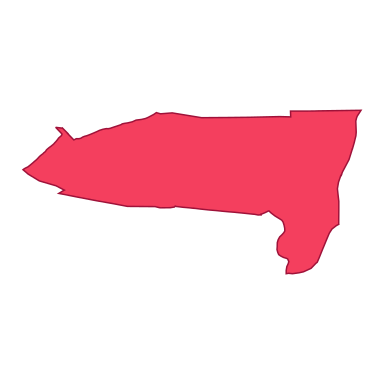 Pāvilosta, Pavilostas, Latvia
{"feature_id": "27541924B98324195645894", "entity_name": "Pāvilosta", "entity_type": "district", "adm_level": 2, "iso_a3": "LVA", "parent_name": "Latvia", "parent_adm1": "Pavilostas", "projection": "natural_earth1", "projection_center": [21.193, 56.882], "detail": "fine", "context": "isolated", "style": "filled", "palette": "rose", "viewbox_px": 384, "rotation_deg": 0, "n_neighbors": 0, "source": "geoboundaries", "source_scale": "gbopen_adm2", "svg_char_len": 2696}
<svg xmlns="http://www.w3.org/2000/svg" viewBox="0 0 384 384"><path d="M156.9,112.8L156.4,112.6L153.8,114.4L148.1,117.4L145.5,118.5L141.7,119.4L139.4,119.7L136.1,120.1L132.3,121.8L127.7,122.9L124.3,123.4L122.1,123.9L121.2,124.6L116.8,126.1L113.7,127.1L110.2,128.3L108.2,128.7L106.3,128.6L102.8,129.3L99.4,130.4L97.1,131.5L93.9,132.9L90.3,134.4L86.9,135.7L84.6,136.3L82.8,137.0L80.9,138.2L79.0,138.7L76.2,138.7L74.8,139.5L73.8,139.9L67.6,133.5L67.8,133.4L62.3,127.9L62.0,128.1L56.2,127.4L56.0,127.7L62.0,134.0L61.7,135.1L61.4,135.6L60.3,136.6L59.6,137.2L59.0,137.7L58.4,138.3L57.7,139.4L56.7,140.6L55.9,141.6L54.9,142.6L53.8,143.9L53.3,144.3L52.8,144.8L52.1,145.3L51.2,146.1L50.3,146.7L49.7,147.2L49.1,147.6L48.4,148.2L47.1,149.3L46.3,150.1L45.8,151.0L45.4,151.5L44.5,152.3L43.9,152.7L43.5,153.1L43.0,153.7L41.9,154.5L40.6,155.5L39.4,156.6L37.3,158.9L35.7,160.4L34.3,161.5L33.5,162.3L32.3,163.3L30.3,165.0L29.0,166.0L28.2,166.7L27.3,167.2L26.4,167.6L25.6,168.0L24.9,168.4L24.2,168.8L23.5,169.3L23.0,169.7L26.2,172.4L28.0,174.0L31.1,175.9L39.0,180.7L40.0,181.1L55.4,185.6L55.7,185.6L64.3,190.1L63.9,190.3L58.8,193.4L77.0,197.0L96.9,200.8L113.9,203.8L127.5,206.4L155.2,206.6L159.1,207.6L160.3,207.8L170.4,207.7L174.5,207.0L175.2,206.1L175.5,206.2L176.4,206.5L177.4,206.6L183.2,207.3L189.2,207.8L193.6,208.3L193.6,208.2L199.3,208.9L199.9,209.0L209.4,210.0L216.6,210.6L222.2,211.2L228.7,211.8L235.1,212.3L235.8,212.4L243.9,213.2L252.3,214.1L254.6,214.3L258.2,215.0L259.1,214.9L261.1,214.9L261.0,214.1L261.8,214.0L264.7,212.8L266.4,212.0L267.0,211.7L267.6,211.4L268.2,211.1L268.9,210.9L270.9,212.8L274.9,215.9L279.3,218.6L281.8,220.2L283.1,222.1L284.1,225.3L284.7,228.3L284.8,231.0L283.7,232.8L282.0,234.7L279.7,236.9L278.2,239.6L277.3,242.6L277.2,246.8L277.0,249.6L277.4,251.1L277.8,252.5L278.7,254.6L280.7,256.0L283.4,257.4L286.7,258.4L287.7,259.0L288.8,261.7L288.1,263.9L286.8,266.7L286.2,270.5L286.2,273.7L288.6,273.3L292.5,273.7L299.0,272.8L303.5,271.8L311.1,268.3L315.9,263.3L317.2,262.3L319.0,258.2L322.9,248.5L323.3,247.6L327.0,238.6L329.3,233.2L332.0,229.0L335.2,226.5L336.5,225.5L338.8,224.3L338.7,223.7L338.8,210.1L338.8,209.5L338.8,208.3L338.8,203.6L338.8,201.9L338.8,201.6L338.8,201.3L338.0,194.3L337.4,188.7L337.5,188.1L338.5,182.2L340.8,175.5L341.2,175.6L341.5,174.8L341.4,174.8L342.5,171.9L349.0,159.6L352.1,149.7L352.1,149.3L352.2,149.0L352.4,149.0L354.3,142.4L354.9,139.8L355.6,137.0L355.9,135.8L356.2,132.2L355.8,121.0L356.5,118.1L357.2,116.2L361.0,110.3L318.3,110.9L314.9,111.0L306.5,111.1L290.5,111.1L290.7,116.9L279.7,116.6L248.7,117.3L248.2,117.3L238.7,117.4L230.0,117.5L201.6,117.7L172.2,112.9L160.5,113.8L156.9,112.8Z" fill="#f43f5e" stroke="#9f1239" stroke-width="1.5"/></svg>